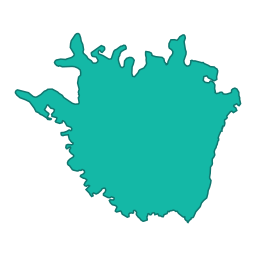 Mokhotlong, Mokhotlong, Lesotho
{"feature_id": "5366337B57238161912633", "entity_name": "Mokhotlong", "entity_type": "district", "adm_level": 2, "iso_a3": "LSO", "parent_name": "Lesotho", "parent_adm1": "Mokhotlong", "projection": "albers", "projection_center": [29.07, -29.31], "detail": "fine", "context": "isolated", "style": "filled", "palette": "teal", "viewbox_px": 256, "rotation_deg": 0, "n_neighbors": 0, "source": "geoboundaries", "source_scale": "gbopen_adm2", "svg_char_len": 5698}
<svg xmlns="http://www.w3.org/2000/svg" viewBox="0 0 256 256"><path d="M188.0,222.5L189.4,220.2L190.9,219.3L191.3,218.0L193.0,217.5L193.6,216.8L195.8,211.8L200.2,206.7L201.5,203.0L203.6,200.5L206.7,197.9L207.8,193.6L208.2,190.5L209.5,187.4L210.6,183.3L211.0,180.5L209.7,178.3L209.6,177.0L210.2,173.3L210.5,167.0L212.1,164.7L212.4,163.3L212.2,161.2L212.4,158.7L213.6,157.4L214.8,155.0L214.2,151.8L214.8,149.5L216.0,147.7L216.4,145.8L217.1,144.6L217.8,141.3L218.6,140.3L218.7,138.8L218.1,138.1L219.0,135.4L220.7,131.6L221.2,131.1L222.0,131.1L221.9,128.6L222.2,127.7L222.4,128.5L223.3,126.0L224.3,125.8L224.8,123.7L224.8,122.8L224.5,122.8L224.6,119.8L226.4,118.7L227.2,117.7L226.8,117.0L226.9,115.8L230.5,111.6L231.9,111.2L233.4,112.6L236.8,110.5L235.8,107.9L234.3,106.9L233.7,106.1L233.9,105.3L236.7,103.8L238.3,105.4L239.1,105.7L240.6,103.7L239.5,98.7L239.8,98.1L238.9,95.5L238.8,92.3L236.9,89.1L234.9,88.1L232.9,88.8L231.6,90.0L231.4,92.3L230.5,92.9L227.1,94.0L225.1,94.2L223.1,93.8L222.5,92.6L221.8,92.2L220.0,92.3L219.1,93.0L216.5,93.6L215.1,92.5L215.3,91.5L214.6,88.8L214.9,85.0L213.5,82.5L211.5,81.2L210.6,81.0L209.9,81.5L209.2,82.7L207.9,82.8L205.1,82.3L203.2,80.4L203.8,76.6L206.8,75.8L208.4,77.9L212.4,79.8L212.9,80.4L214.5,80.7L216.8,79.4L216.6,76.7L217.6,72.3L217.7,70.7L216.8,68.8L215.6,68.3L214.3,67.0L210.2,66.6L208.4,65.4L204.1,63.5L203.1,62.5L201.9,62.7L195.0,60.9L193.4,61.0L191.9,60.3L190.7,60.8L190.9,61.8L190.4,64.1L189.8,65.1L188.7,65.9L186.8,66.1L184.8,64.4L184.1,62.7L183.8,60.6L186.0,54.2L186.1,51.8L185.3,49.4L184.1,41.7L185.3,38.1L184.9,36.0L184.0,34.9L182.7,35.0L179.9,36.7L178.0,39.4L177.0,40.3L174.4,39.7L170.9,39.8L169.0,43.6L168.9,46.7L169.3,48.1L171.6,49.7L172.9,51.6L172.7,53.7L171.4,55.8L170.4,56.6L168.1,61.4L167.7,63.6L167.2,63.7L167.3,64.1L166.5,64.7L166.1,64.6L165.8,63.4L164.5,62.0L163.9,58.9L162.1,57.4L155.8,56.7L153.1,55.9L151.9,55.4L152.0,54.7L151.2,53.0L149.2,52.0L145.9,51.5L145.6,52.1L145.6,55.1L146.3,57.8L146.1,59.8L146.6,63.6L145.7,65.5L143.9,68.0L139.8,69.8L138.8,70.9L138.2,72.5L134.6,76.7L132.6,76.3L131.8,73.4L132.1,67.0L133.3,64.0L134.2,60.2L132.6,58.1L131.3,57.5L129.4,57.4L126.6,58.4L124.6,60.9L124.1,66.3L122.6,67.5L121.8,67.5L120.5,66.7L118.9,62.4L118.3,59.7L118.7,57.0L119.7,55.5L120.0,53.8L121.2,51.6L125.0,49.3L125.7,49.3L126.2,48.4L126.0,46.9L125.2,45.5L123.8,45.2L122.2,46.0L120.7,46.3L116.5,49.4L115.0,50.0L113.8,51.3L111.3,58.8L109.0,59.2L103.0,55.6L98.6,53.8L98.3,51.9L99.0,50.3L99.9,50.3L101.3,52.2L102.2,52.4L104.6,49.7L104.7,48.0L104.1,46.8L101.3,45.6L91.4,52.6L91.3,53.7L91.8,55.6L92.6,56.4L95.9,56.9L96.4,57.3L98.1,60.3L97.6,61.8L96.5,62.7L95.8,63.1L93.8,63.2L92.7,62.8L91.2,60.7L88.0,58.6L86.7,56.3L83.4,53.3L83.0,51.7L83.6,49.7L83.0,46.0L82.7,44.4L81.2,41.1L80.6,37.7L79.4,34.3L78.1,33.5L76.7,33.7L75.4,34.6L71.3,40.7L70.6,43.6L70.3,47.5L74.1,53.8L74.2,54.8L73.7,55.9L71.5,57.5L66.3,59.1L65.9,59.5L60.7,59.1L56.4,60.0L55.4,60.7L54.5,62.4L55.1,63.8L56.7,65.5L58.7,66.2L59.7,65.7L62.3,66.8L72.1,66.4L74.7,66.7L77.8,68.0L80.2,69.9L80.7,72.3L80.6,75.2L78.6,77.1L77.6,83.0L79.2,89.3L78.3,92.2L78.8,93.9L78.6,94.5L79.3,95.2L78.8,97.2L78.3,97.7L79.2,102.7L78.5,103.9L75.1,104.2L72.3,103.3L63.7,97.5L62.3,95.4L59.1,93.4L57.6,92.0L52.2,89.1L47.8,89.3L46.2,90.5L44.4,91.2L40.8,94.6L36.9,96.9L35.2,97.2L33.1,96.5L28.5,92.7L17.5,89.9L16.4,90.4L15.6,91.4L15.4,92.8L16.9,95.1L20.0,97.7L25.6,99.8L29.6,101.8L34.3,108.2L36.0,111.6L38.6,112.7L40.3,114.3L42.5,115.2L46.6,117.9L47.7,119.4L50.0,119.7L50.9,119.5L51.3,119.0L51.0,118.5L48.4,118.1L47.4,116.9L48.9,114.0L48.7,113.4L46.0,111.3L45.2,110.2L44.7,110.1L44.5,109.4L45.9,107.5L46.9,105.3L47.9,104.8L50.8,108.2L53.1,108.7L54.4,109.6L53.9,111.8L51.6,114.3L52.0,115.2L51.8,116.1L52.3,116.5L56.7,117.6L56.8,118.5L56.3,120.1L55.3,121.2L55.9,122.2L59.7,123.4L62.1,122.7L62.3,121.2L62.8,120.7L63.3,120.8L64.9,122.2L66.9,125.8L70.8,127.2L71.8,128.6L71.6,130.1L70.8,130.7L69.6,130.0L68.8,130.1L67.0,131.3L63.9,132.4L61.2,132.6L61.0,133.1L61.3,134.9L62.1,135.5L63.2,135.6L64.2,135.2L68.2,134.7L69.3,139.2L71.6,142.2L73.0,142.9L73.1,143.9L71.8,144.8L68.0,144.4L66.3,145.1L65.8,147.4L66.5,148.7L67.5,148.6L69.0,147.3L70.3,147.1L70.7,147.9L69.4,149.9L69.6,151.5L71.3,153.5L73.4,155.0L73.8,156.0L73.0,157.2L70.2,158.9L68.3,160.7L67.5,162.5L67.6,164.0L68.3,165.0L69.6,165.8L72.4,169.7L73.6,170.2L77.2,171.0L78.5,170.8L79.0,170.3L81.1,170.4L82.1,169.5L84.2,170.5L84.6,172.4L83.5,173.8L80.6,175.4L80.4,176.5L83.3,178.2L85.0,178.5L86.8,179.8L86.7,180.5L85.2,182.3L84.1,184.7L85.0,185.8L86.4,186.2L87.7,185.4L89.0,185.4L89.6,185.9L86.0,189.6L89.2,192.9L90.6,195.3L91.7,196.5L93.1,195.8L92.5,193.8L93.7,192.9L96.1,194.0L98.1,193.1L101.2,190.3L102.2,188.7L104.1,188.1L105.1,188.3L105.8,190.0L105.2,191.9L103.4,193.8L103.5,195.3L107.8,197.5L110.0,197.8L111.4,196.8L113.9,197.7L114.2,199.0L113.5,200.0L110.1,199.8L109.3,200.5L110.4,202.8L112.3,204.7L115.7,205.6L117.0,207.1L115.4,210.5L115.4,211.3L116.7,212.0L120.4,211.0L121.1,211.4L122.3,214.2L127.3,217.2L129.0,216.6L128.9,214.1L129.6,213.2L131.7,212.9L132.9,213.2L133.5,212.8L133.5,210.8L134.0,210.4L135.0,210.4L136.2,211.6L136.7,212.8L136.3,213.9L136.4,214.7L138.4,217.3L139.7,218.2L140.9,219.9L142.7,221.1L143.7,221.2L147.2,220.0L147.3,219.0L147.0,218.7L146.9,216.5L147.5,215.9L147.9,213.9L148.3,213.7L148.8,213.6L149.7,214.7L150.6,214.8L151.2,214.6L152.2,213.1L153.9,212.7L154.5,213.2L154.9,214.7L157.7,213.8L159.0,215.9L160.4,215.8L161.5,216.5L163.1,216.8L163.7,215.8L164.0,214.7L167.0,213.6L168.0,211.4L169.2,211.7L170.4,210.7L171.7,210.7L173.2,210.1L174.6,210.5L175.8,211.4L177.2,211.3L178.6,213.4L182.4,216.5L183.5,217.1L184.7,216.9L184.9,219.0L185.9,220.3L187.1,221.0L187.4,222.0L188.0,222.5Z" fill="#14b8a6" stroke="#0f766e" stroke-width="1.5"/></svg>